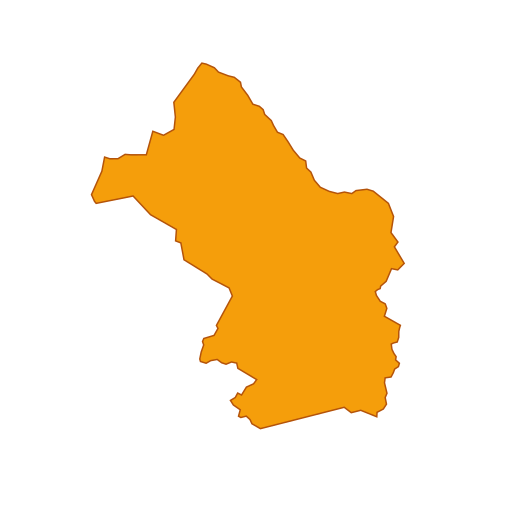 José Enrique Rodó, Soriano, Uruguay (Equal Earth projection), rotated 293°
{"feature_id": "84410073B24833615442203", "entity_name": "José Enrique Rodó", "entity_type": "district", "adm_level": 2, "iso_a3": "URY", "parent_name": "Uruguay", "parent_adm1": "Soriano", "projection": "equal_earth", "projection_center": [-57.536, -33.632], "detail": "fine", "context": "isolated", "style": "filled", "palette": "amber", "viewbox_px": 512, "rotation_deg": 293, "n_neighbors": 0, "source": "geoboundaries", "source_scale": "gbopen_adm2", "svg_char_len": 1818}
<svg xmlns="http://www.w3.org/2000/svg" viewBox="0 0 512 512"><g transform="rotate(293 256 256)"><path d="M149.9,280.1L145.5,283.2L142.5,304.9L137.4,303.7L131.6,298.4L122.4,297.0L122.7,292.7L117.6,292.2L113.1,288.9L110.0,293.4L108.3,301.6L101.7,302.5L101.4,305.1L104.8,309.6L103.1,314.4L100.0,317.8L98.8,327.5L151.2,396.3L149.0,404.9L154.9,412.7L155.2,430.0L159.4,428.5L164.9,433.0L170.6,434.0L176.2,430.2L180.8,430.2L189.5,423.8L194.3,422.5L197.4,427.6L202.3,428.0L206.1,427.8L209.8,430.3L213.3,429.9L214.9,425.1L218.1,424.3L220.2,421.0L223.2,417.6L227.8,414.9L229.7,416.6L232.0,419.6L236.8,419.2L242.4,416.9L246.4,416.2L248.6,416.0L250.7,397.7L258.9,396.9L262.4,393.7L262.9,388.0L266.7,382.3L269.9,379.7L272.6,381.1L274.5,383.0L277.0,382.5L283.5,385.7L297.3,385.7L298.6,391.9L307.1,395.3L318.5,379.8L324.3,381.2L330.3,371.1L346.1,367.2L356.2,357.3L361.5,338.6L360.8,332.1L355.3,322.5L350.9,319.8L349.4,312.4L345.4,306.8L344.1,298.1L344.4,288.3L348.5,280.1L354.7,273.7L356.7,268.2L362.9,264.6L363.3,258.0L367.9,249.0L373.5,241.1L378.4,233.5L378.3,227.4L383.0,221.1L386.6,217.2L389.7,208.7L393.5,205.4L395.1,200.6L394.5,193.8L400.6,185.7L405.9,176.5L409.9,173.8L412.0,166.2L411.0,160.0L410.6,149.6L413.0,144.2L413.2,135.3L412.4,130.8L406.3,129.0L399.2,128.2L365.4,120.3L352.4,127.5L340.5,131.1L331.0,123.7L330.5,112.3L306.3,115.5L300.2,101.2L298.4,95.8L291.6,90.9L288.4,83.5L287.9,78.0L273.8,81.0L248.2,80.6L243.2,86.0L242.0,88.3L263.2,119.4L252.8,142.8L249.3,172.4L238.5,176.1L238.7,181.7L224.4,191.2L220.3,217.9L217.6,224.5L216.1,243.7L209.9,249.9L176.6,246.7L174.5,249.3L166.5,248.4L159.7,240.2L156.4,240.2L153.7,242.6L146.1,243.1L139.2,244.5L137.2,246.1L137.8,252.0L142.0,255.2L145.6,260.7L144.3,266.1L144.7,270.7L148.9,274.9L149.5,278.3L149.9,280.1Z" fill="#f59e0b" stroke="#b45309" stroke-width="1.5"/></g></svg>